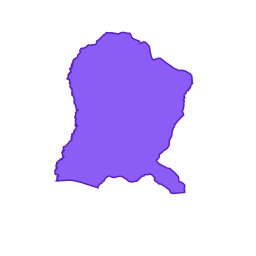 the district of Sameakki Mean Chey, Kâmpóng Chhnang, Cambodia, rotated 121°
{"feature_id": "14789045B48917657678011", "entity_name": "Sameakki Mean Chey", "entity_type": "district", "adm_level": 2, "iso_a3": "KHM", "parent_name": "Cambodia", "parent_adm1": "Kâmpóng Chhnang", "projection": "albers", "projection_center": [104.566, 11.892], "detail": "fine", "context": "isolated", "style": "filled", "palette": "violet", "viewbox_px": 256, "rotation_deg": 121, "n_neighbors": 0, "source": "geoboundaries", "source_scale": "gbopen_adm2", "svg_char_len": 5871}
<svg xmlns="http://www.w3.org/2000/svg" viewBox="0 0 256 256"><g transform="rotate(121 128 128)"><path d="M154.0,46.2L152.4,47.1L151.6,48.2L148.0,49.7L147.4,51.0L147.1,53.3L147.4,57.0L143.8,59.7L142.1,65.5L142.1,66.0L142.0,67.3L141.1,71.3L142.2,73.5L142.6,81.8L142.5,83.9L142.2,84.8L141.1,87.0L140.7,87.2L139.3,86.6L137.4,86.2L136.4,86.5L134.3,87.5L131.8,86.3L129.2,85.8L126.5,84.4L125.3,84.0L123.1,83.8L121.4,84.0L117.7,86.0L114.9,86.4L112.8,86.4L111.0,87.0L109.0,88.0L106.4,88.8L101.4,89.4L98.2,89.3L94.6,88.6L89.9,87.5L88.4,86.9L87.1,88.1L86.0,89.7L84.9,90.2L83.9,90.2L82.7,91.0L82.2,90.8L81.1,91.3L80.1,91.5L78.4,92.8L75.9,93.6L75.7,93.9L75.4,95.2L74.8,94.9L73.6,95.0L73.3,94.8L72.7,95.0L72.6,95.5L72.2,95.5L71.8,96.5L70.9,96.8L69.3,96.6L67.9,96.1L67.0,96.8L66.5,97.0L65.4,96.4L64.7,95.4L64.2,95.6L64.1,96.2L63.1,96.0L62.5,95.5L61.7,95.6L61.4,95.3L60.9,95.4L60.5,95.8L59.6,95.9L59.0,96.2L56.6,95.7L56.5,96.3L55.6,96.4L55.3,97.1L55.0,97.2L54.6,97.2L54.1,97.8L53.8,97.7L53.6,98.4L52.9,98.4L50.5,100.2L50.2,101.4L49.5,102.3L49.4,102.9L49.7,103.8L49.6,106.0L49.7,108.4L49.9,109.3L51.2,112.4L51.7,113.1L52.8,114.1L52.8,114.8L52.6,116.2L53.2,118.8L53.2,119.7L52.8,123.1L52.5,129.6L51.8,133.6L51.6,136.3L52.2,137.3L52.9,138.2L54.3,139.5L56.0,140.7L56.4,141.4L56.3,142.4L56.1,142.8L55.6,143.8L54.9,144.8L50.6,148.8L47.9,151.0L47.1,152.1L46.0,155.2L45.7,156.5L45.7,157.9L46.2,159.1L47.8,160.1L48.8,160.6L48.8,161.6L47.9,162.7L47.8,163.1L47.8,164.0L48.2,164.9L48.2,166.0L48.4,166.9L48.6,167.3L48.6,169.0L48.8,170.5L48.2,171.4L48.0,172.1L47.0,173.0L46.9,173.8L46.3,174.4L45.8,175.2L46.1,175.8L47.2,176.9L47.1,177.6L47.5,178.1L47.6,179.4L49.1,182.3L50.6,183.6L52.4,184.6L53.1,186.3L53.3,187.7L54.1,188.5L54.2,190.0L54.7,190.4L55.3,192.1L56.6,193.7L56.9,194.8L57.3,195.5L57.9,195.8L59.9,196.2L60.6,196.7L61.0,196.9L63.7,197.4L64.4,197.9L65.8,197.8L66.2,198.1L66.8,198.0L68.6,199.2L68.9,199.2L69.7,199.7L70.6,199.0L71.3,198.8L72.4,198.8L73.3,199.2L73.8,199.3L74.3,199.9L75.3,201.9L76.1,202.4L76.5,202.9L77.1,204.7L77.5,205.0L79.0,205.3L80.2,205.7L81.0,206.3L81.7,206.5L82.3,207.2L83.4,207.7L83.3,208.6L84.2,209.3L85.2,209.1L86.6,209.2L87.3,208.0L87.7,207.9L88.3,207.8L89.7,208.3L90.8,208.2L91.2,208.6L91.7,208.5L92.6,208.0L93.6,207.9L95.3,209.0L96.3,208.7L96.7,209.5L97.0,209.7L98.4,209.8L98.9,209.6L99.2,209.2L100.1,209.3L100.3,208.9L100.7,208.7L101.2,208.7L102.0,208.4L102.2,208.7L102.1,208.9L102.2,209.2L102.7,209.1L102.7,208.4L103.0,207.9L103.5,208.3L104.0,208.3L104.3,208.5L104.7,208.4L104.9,208.1L105.2,208.0L105.4,207.7L105.4,207.0L106.6,207.3L106.8,207.7L106.9,208.5L107.2,208.5L107.8,207.7L108.4,207.2L108.7,206.8L108.7,206.0L109.3,205.4L110.0,205.8L110.2,206.1L111.0,206.5L111.6,206.1L111.9,205.8L112.2,206.0L112.2,206.6L112.6,206.7L113.6,206.6L114.5,205.8L115.6,205.4L116.3,204.7L116.7,204.9L116.8,205.5L117.1,205.6L117.2,204.7L116.6,204.0L116.6,203.3L117.5,202.7L117.7,202.3L117.6,201.9L119.4,201.4L119.8,201.2L119.3,200.5L120.1,200.2L121.2,199.4L122.3,199.2L123.2,198.0L122.9,197.1L123.1,196.7L123.4,196.6L123.7,196.6L123.6,195.9L125.8,194.6L126.8,194.3L127.0,194.1L126.6,193.5L126.8,193.2L127.3,193.5L128.6,193.1L128.8,192.7L128.5,191.8L129.2,191.0L129.6,190.0L130.3,189.8L131.4,188.3L132.0,188.0L132.8,188.1L133.3,188.0L133.4,187.6L133.8,187.1L134.9,186.5L134.5,185.9L134.8,185.2L135.3,184.9L135.7,184.3L136.3,184.0L137.5,182.9L137.7,182.5L138.4,182.2L138.5,182.0L138.3,181.1L138.3,180.3L138.6,180.0L139.7,181.0L140.0,180.7L140.6,180.5L141.4,180.8L141.8,180.7L142.5,180.2L143.8,179.6L145.0,178.9L145.8,179.4L146.9,178.4L146.8,177.1L147.0,176.8L147.3,176.7L148.2,177.0L148.6,177.0L149.0,176.8L150.0,176.0L151.0,175.4L151.2,174.3L151.4,174.1L151.8,174.2L151.9,174.6L152.5,174.8L153.2,174.5L153.4,174.1L153.1,173.8L152.0,173.4L151.9,173.0L152.2,172.7L155.5,172.4L157.3,172.5L157.9,172.9L158.2,172.6L158.1,172.1L159.4,172.5L159.8,172.5L160.4,171.7L160.7,171.6L161.1,171.8L161.7,172.8L162.5,172.9L162.9,172.7L163.4,171.9L163.8,171.7L164.6,172.0L165.2,171.1L165.6,170.9L165.9,171.3L166.2,171.4L167.2,169.9L167.7,170.1L167.9,170.5L168.7,170.6L169.6,171.3L171.2,171.0L172.6,171.6L174.2,171.7L174.9,172.1L175.7,172.0L177.0,173.2L177.9,173.7L178.1,173.3L179.3,172.5L179.6,172.2L179.8,171.3L180.4,171.3L180.9,172.2L181.9,171.9L182.4,171.4L183.0,172.1L183.3,171.9L184.4,170.2L185.4,169.9L185.8,169.6L186.0,169.0L185.5,168.4L185.6,168.1L186.0,168.0L186.9,168.3L187.7,168.1L188.1,168.3L188.2,169.1L188.6,169.3L189.4,168.9L189.6,169.7L190.0,170.0L190.7,170.1L192.0,170.7L193.7,170.4L194.1,171.2L195.4,170.8L195.9,170.3L197.2,170.5L197.6,169.7L198.3,169.4L198.1,168.7L198.6,168.2L199.0,168.1L199.1,168.7L199.4,168.8L199.8,168.6L200.0,168.2L200.4,168.1L200.9,168.7L201.8,168.7L202.8,168.4L203.1,167.9L203.7,167.5L204.3,167.3L205.0,166.6L204.9,165.7L204.2,164.6L204.4,164.3L204.3,163.7L204.4,163.4L204.8,162.9L205.2,162.7L205.3,163.6L205.6,163.7L205.9,163.5L206.3,163.6L207.8,162.9L208.1,162.8L208.2,162.4L208.6,162.3L208.6,161.6L209.1,161.7L209.7,162.3L210.3,162.2L202.9,151.4L201.2,147.9L198.9,140.7L194.7,123.0L194.1,123.6L192.8,123.5L192.5,123.3L192.0,123.5L191.5,123.4L190.3,123.1L188.8,122.2L186.9,122.1L185.4,121.3L184.8,121.5L182.9,121.5L182.0,121.3L179.2,120.0L178.9,119.5L178.7,118.9L178.3,116.2L177.8,114.6L175.2,112.1L173.7,110.5L173.2,109.4L172.7,108.1L172.5,107.3L172.8,105.0L172.7,103.7L173.3,100.3L173.3,99.5L172.6,97.5L170.8,95.1L169.5,94.1L169.3,93.7L169.1,93.0L167.9,92.7L167.1,92.9L166.6,92.4L165.9,92.0L164.8,92.0L164.4,91.7L161.8,91.3L161.3,90.0L160.4,89.4L159.2,89.5L158.9,89.5L158.6,88.9L158.6,88.1L157.6,86.8L156.4,85.6L155.9,84.8L155.7,83.9L156.2,82.2L156.3,81.0L156.7,79.7L159.2,78.3L159.3,77.8L159.2,77.2L159.6,76.1L159.3,75.2L160.0,73.2L159.9,72.4L159.5,71.6L159.1,71.0L159.2,68.9L159.1,66.7L159.4,64.6L159.6,61.3L159.9,60.1L160.9,59.0L161.5,57.7L161.4,57.1L160.9,55.7L160.3,54.8L154.0,46.2Z" fill="#8b5cf6" stroke="#5b21b6" stroke-width="1.5"/></g></svg>